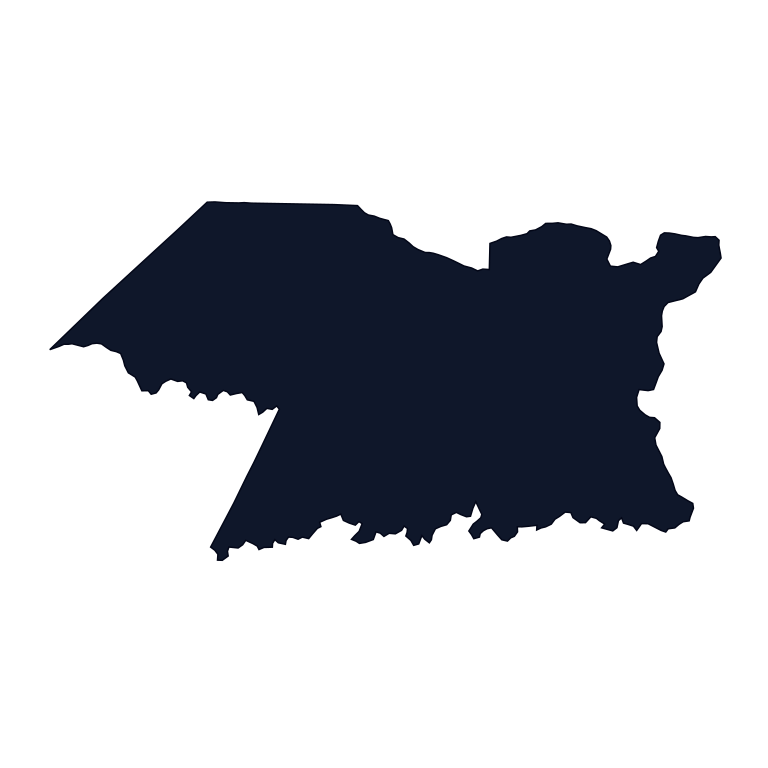 outline of Assis Chateaubriand, Paraná, Brazil, rotated 91°
{"feature_id": "56859067B81023332218751", "entity_name": "Assis Chateaubriand", "entity_type": "district", "adm_level": 2, "iso_a3": "BRA", "parent_name": "Brazil", "parent_adm1": "Paraná", "projection": "mercator", "projection_center": [-53.556, -24.444], "detail": "fine", "context": "isolated", "style": "filled", "palette": "ink", "viewbox_px": 768, "rotation_deg": 91, "n_neighbors": 0, "source": "geoboundaries", "source_scale": "gbopen_adm2", "svg_char_len": 4058}
<svg xmlns="http://www.w3.org/2000/svg" viewBox="0 0 768 768"><g transform="rotate(91 384 384)"><path d="M498.0,73.2L495.3,78.4L491.8,84.4L489.6,88.5L485.3,91.1L479.2,93.0L472.6,95.4L468.0,98.2L462.5,101.3L459.2,103.0L451.7,104.9L440.3,111.0L433.0,112.4L423.7,107.5L417.6,107.5L413.0,112.9L412.7,117.9L410.3,122.3L405.8,127.8L401.5,130.5L393.0,131.2L385.1,128.9L386.0,119.8L384.8,114.4L377.5,111.8L371.9,109.9L365.4,106.2L359.0,104.4L348.4,109.5L337.6,112.2L331.9,111.7L326.7,107.9L321.8,106.9L310.9,107.7L306.2,107.0L301.7,105.3L297.6,101.5L293.6,86.7L290.7,81.7L286.4,74.2L278.5,70.9L272.6,67.0L266.6,59.2L252.2,49.2L247.5,50.0L243.3,50.9L239.3,51.7L234.4,51.5L230.9,55.4L231.2,59.3L230.9,65.0L232.2,72.6L232.0,77.1L230.6,84.9L230.2,89.0L228.8,95.8L228.1,101.3L228.0,106.4L230.4,110.1L236.5,112.2L242.9,113.8L246.5,111.6L251.7,114.8L253.4,119.7L256.3,123.7L260.1,129.5L257.9,137.0L259.6,142.4L262.8,152.3L262.2,159.7L255.2,163.4L245.3,159.8L241.6,159.6L237.1,161.1L233.2,163.9L227.0,174.5L225.1,179.6L224.1,185.5L222.5,193.7L220.8,199.7L221.1,204.4L219.8,212.8L220.4,218.2L220.6,225.1L223.9,229.0L227.3,235.2L228.4,241.0L231.2,243.6L233.0,249.7L235.1,259.6L234.8,264.1L236.5,268.9L239.2,273.9L241.6,280.5L267.7,280.7L267.4,287.2L269.3,292.3L266.5,298.4L264.6,306.1L262.2,311.1L259.6,316.7L256.6,323.6L253.8,332.0L252.4,337.0L251.8,340.9L251.8,345.2L248.9,352.5L246.2,357.3L242.6,361.3L238.7,366.5L237.4,372.4L234.5,377.7L227.6,379.1L224.0,380.6L220.6,382.5L218.4,391.2L216.3,396.7L215.3,402.6L213.1,406.6L209.6,410.2L206.1,413.6L205.5,437.1L205.5,459.3L205.5,519.7L205.1,527.0L205.5,532.3L205.5,545.6L204.9,556.2L205.3,564.0L233.8,593.4L249.7,610.2L303.1,666.4L355.5,718.8L352.1,709.6L349.8,704.6L349.8,700.6L349.2,696.6L352.0,685.0L350.6,680.6L348.8,676.7L348.2,671.8L348.8,667.2L352.4,662.0L355.1,657.7L356.3,652.3L358.1,647.8L364.7,645.0L370.3,643.5L377.3,639.8L381.4,632.9L385.2,630.7L395.0,626.0L394.8,619.5L398.3,616.6L396.9,611.7L393.8,609.2L387.7,606.1L385.1,602.3L382.7,597.2L385.0,590.4L384.3,585.4L386.3,581.5L390.7,580.2L395.2,576.3L398.9,578.4L401.9,573.9L398.9,571.8L395.2,568.1L397.1,561.9L402.8,559.4L403.4,555.1L400.6,551.3L397.3,550.0L393.2,544.6L394.5,540.5L397.7,537.5L396.1,531.4L395.0,525.6L398.0,523.0L402.2,520.4L403.6,513.7L409.7,510.5L416.7,508.7L414.3,504.8L410.4,500.7L411.3,495.3L407.8,490.9L411.0,488.2L448.6,505.3L464.9,512.8L478.6,519.5L505.7,532.1L550.1,554.5L553.2,550.2L557.2,547.1L563.0,547.4L563.1,542.6L558.7,536.8L554.0,537.6L549.7,536.2L550.5,527.0L547.2,522.5L542.7,519.5L545.9,512.2L548.3,507.9L551.7,506.1L549.5,501.2L549.3,496.8L549.1,492.8L545.2,492.6L541.5,490.4L544.6,486.9L546.0,479.8L542.2,479.2L538.7,476.8L538.9,472.5L540.7,467.2L538.5,463.0L539.9,456.6L535.2,452.9L529.5,448.1L527.7,444.6L523.4,445.9L520.2,439.1L518.6,434.0L516.9,429.1L514.8,424.9L521.1,422.2L523.6,416.5L525.6,410.2L522.0,406.7L524.0,403.4L531.8,406.3L536.3,410.7L539.9,413.8L541.7,409.1L543.8,405.8L542.7,399.7L539.7,392.0L532.0,389.4L533.2,385.1L536.4,381.4L533.2,376.3L533.6,370.0L530.0,363.9L525.7,361.4L528.1,358.0L531.9,358.3L535.6,359.5L539.9,354.4L544.8,351.5L543.3,346.5L534.9,343.5L538.5,340.5L542.0,335.9L538.9,333.9L534.4,333.3L527.9,330.1L525.4,324.7L523.6,318.9L519.2,315.3L513.7,314.5L511.1,309.4L513.2,304.9L515.3,299.2L514.7,295.2L506.8,293.0L500.0,290.2L507.9,286.3L512.6,283.9L516.1,284.9L519.8,288.9L522.5,292.3L529.5,296.6L533.0,293.9L537.1,291.5L535.4,285.9L531.9,285.2L528.9,282.0L526.9,278.4L525.9,274.0L532.8,268.0L537.7,263.5L538.9,257.8L535.6,254.6L534.0,251.0L529.5,247.9L524.4,248.2L524.4,243.6L523.8,237.8L522.6,228.6L527.3,228.8L525.2,224.5L524.0,219.9L521.2,214.3L516.2,210.7L513.3,206.2L508.9,200.6L509.3,194.9L514.3,192.7L519.3,185.5L519.1,180.1L513.2,174.9L514.6,169.3L516.9,166.3L520.2,160.9L524.0,163.9L526.9,152.7L523.6,148.6L516.5,147.2L513.7,144.1L518.9,142.1L520.1,137.6L521.8,132.1L526.0,128.8L519.1,124.1L519.1,117.5L525.6,104.3L527.1,99.7L523.8,97.3L522.8,90.7L519.2,86.6L516.5,82.5L515.5,76.5L512.0,75.7L502.8,72.4L498.0,73.2Z" fill="#0f172a" stroke="#020617" stroke-width="1.5"/></g></svg>